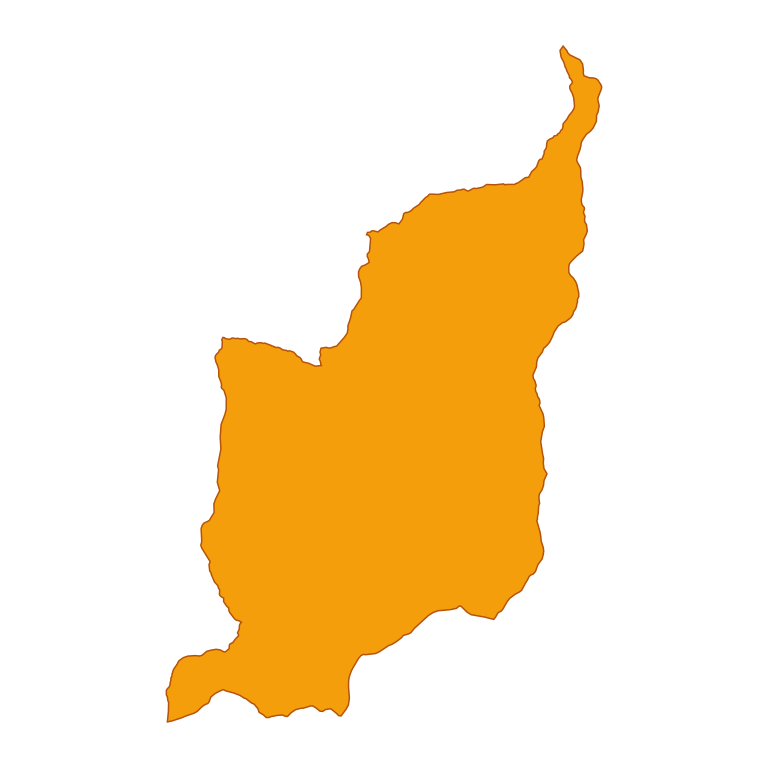 outline of San Andres, Santander, Colombia
{"feature_id": "7082276B75559195453078", "entity_name": "San Andres", "entity_type": "district", "adm_level": 2, "iso_a3": "COL", "parent_name": "Colombia", "parent_adm1": "Santander", "projection": "albers", "projection_center": [-72.825, 6.82], "detail": "fine", "context": "isolated", "style": "filled", "palette": "amber", "viewbox_px": 768, "rotation_deg": 0, "n_neighbors": 0, "source": "geoboundaries", "source_scale": "gbopen_adm2", "svg_char_len": 6097}
<svg xmlns="http://www.w3.org/2000/svg" viewBox="0 0 768 768"><path d="M167.4,721.9L172.1,720.9L181.6,717.8L185.3,716.2L194.0,713.2L197.2,711.4L202.0,706.7L204.8,704.7L207.8,703.5L209.1,701.8L210.8,697.1L214.3,694.1L217.8,692.0L223.1,689.6L225.9,690.9L233.5,692.9L240.0,695.4L244.1,698.1L246.0,698.7L251.4,702.9L254.3,704.3L257.9,708.7L259.1,712.3L263.5,714.9L266.2,717.5L269.1,717.5L271.3,716.5L277.3,715.4L282.7,715.0L284.8,716.1L287.0,716.5L288.1,715.9L291.0,712.8L295.5,709.7L300.9,708.3L303.6,708.1L310.8,705.9L312.7,706.0L315.4,707.5L320.0,711.2L322.8,711.4L325.1,709.7L329.0,708.9L331.0,708.9L336.3,713.2L338.7,715.6L341.1,715.9L346.1,709.2L348.4,705.0L349.4,698.1L348.5,687.0L348.6,681.2L349.2,677.0L351.3,670.9L353.6,666.7L358.6,658.3L360.9,655.6L363.4,654.4L365.6,654.7L375.6,653.5L379.3,651.8L388.7,645.5L391.8,644.4L395.8,642.0L401.1,638.1L403.4,635.4L408.9,633.8L411.0,632.5L414.2,628.5L428.4,615.5L433.1,612.5L437.9,610.8L450.6,609.6L456.4,608.4L459.1,606.1L460.9,606.1L467.0,612.1L471.1,614.7L484.8,617.1L493.7,619.4L495.3,617.5L498.1,612.7L501.2,611.1L502.7,609.4L507.4,601.2L509.9,598.2L514.9,594.4L519.4,592.0L521.6,590.3L525.7,582.7L527.5,579.9L529.1,576.5L530.8,575.0L533.1,574.1L535.4,571.6L537.9,564.7L542.1,558.9L543.2,554.8L543.7,551.3L543.3,547.6L541.2,541.1L540.7,535.7L539.8,531.1L536.8,520.8L537.4,519.5L537.5,516.4L538.2,513.6L538.7,505.5L539.6,503.6L538.9,498.1L539.2,494.4L542.1,489.6L543.5,485.4L544.0,480.6L547.0,473.8L544.0,468.6L543.3,463.2L543.6,458.3L542.7,454.5L540.7,441.6L542.4,431.7L544.4,426.3L543.7,417.3L543.0,413.9L539.0,405.2L539.9,403.7L539.8,401.3L539.3,399.1L537.8,396.9L536.9,393.4L535.8,391.6L535.3,388.4L535.9,386.9L536.1,385.2L534.9,381.1L533.4,378.4L532.9,375.2L536.4,367.0L536.8,361.4L537.9,358.0L542.4,351.9L543.5,348.6L547.3,345.0L549.7,342.1L552.5,336.4L554.3,331.8L558.1,326.0L562.2,322.8L565.6,321.7L570.6,317.8L571.7,316.4L573.0,314.2L573.5,311.8L575.6,308.9L576.6,305.9L576.8,303.8L577.5,302.4L577.4,299.5L578.8,296.6L578.7,293.0L576.9,284.6L575.5,281.4L573.4,278.1L570.4,275.3L568.8,272.3L568.8,266.7L569.3,264.1L571.4,261.3L576.6,256.0L582.6,251.1L583.5,247.3L584.0,243.7L583.6,239.7L586.4,233.9L587.3,230.9L586.4,224.5L584.8,222.0L584.5,219.9L585.0,216.2L583.8,213.6L583.5,211.8L584.5,208.9L584.2,207.4L582.2,205.0L581.5,202.5L581.2,199.8L582.7,192.2L582.9,189.2L582.2,181.7L580.9,177.0L580.7,169.8L580.2,167.3L577.2,161.9L576.7,159.8L577.5,156.2L580.0,149.5L580.9,145.7L581.3,142.4L583.4,138.6L586.4,134.3L590.5,131.1L593.0,128.2L596.4,121.3L596.6,115.1L598.1,111.9L599.2,105.8L597.8,99.7L598.2,97.1L601.3,89.1L601.7,86.9L600.8,84.6L597.9,80.1L595.7,78.5L592.8,77.9L590.3,77.9L587.8,77.3L583.9,75.7L583.3,73.2L583.4,70.0L582.6,64.0L580.0,59.9L569.8,54.9L567.7,52.7L566.9,50.7L563.1,46.1L560.0,50.5L561.1,57.1L563.9,62.5L565.2,67.1L566.2,68.7L566.7,70.6L569.4,76.0L569.4,77.6L570.8,79.0L572.1,81.3L572.3,82.8L569.8,85.9L569.7,87.9L570.6,90.5L571.9,92.4L573.7,97.8L574.5,106.1L574.0,108.5L572.2,111.6L569.1,115.3L566.9,119.2L563.1,123.8L562.8,127.6L562.2,129.3L561.0,130.2L559.6,132.8L557.5,134.1L557.2,135.1L555.9,135.7L554.5,135.8L553.8,136.3L553.1,137.7L549.4,139.3L547.3,141.1L546.5,145.0L546.6,146.4L546.2,148.0L544.2,151.3L544.1,153.7L542.1,159.0L540.0,159.4L538.7,160.9L536.7,166.5L535.4,168.2L531.7,171.6L528.7,177.2L525.3,177.7L517.6,183.1L516.0,183.4L514.8,184.4L507.0,184.4L504.4,184.8L503.7,183.9L495.0,184.8L486.6,184.5L482.8,187.1L476.4,188.5L473.5,188.3L468.8,190.8L467.4,191.0L464.2,189.2L462.6,189.3L460.7,190.0L457.1,190.2L454.2,191.8L446.7,192.5L438.4,194.4L429.9,194.1L428.8,194.8L427.8,196.2L425.7,197.4L420.2,203.0L419.4,204.4L413.7,208.1L411.2,210.6L409.0,211.9L407.1,212.5L405.6,212.5L403.7,213.7L402.5,219.1L398.9,223.9L395.7,222.8L392.1,222.6L388.4,224.4L386.0,226.5L380.0,230.1L378.1,231.9L373.3,230.8L371.9,230.8L369.8,232.3L367.5,232.4L366.6,234.8L368.1,235.1L368.9,235.6L370.6,238.4L369.6,250.4L369.2,252.0L367.3,254.1L367.3,256.7L368.3,258.6L369.2,262.4L365.3,264.9L361.6,266.3L359.9,268.6L358.5,271.9L358.6,276.6L360.5,282.0L361.4,287.6L361.3,298.0L359.3,300.6L353.9,309.2L352.0,311.0L350.4,318.5L347.9,325.7L348.0,328.8L347.3,333.0L344.3,337.4L336.6,346.1L333.6,346.8L330.9,347.9L327.9,348.0L326.3,347.3L321.0,348.2L320.0,352.1L320.7,354.9L319.3,358.7L319.5,359.8L320.4,361.4L320.9,364.9L321.3,365.5L315.3,366.2L308.7,363.3L303.2,362.0L302.4,361.5L301.2,359.1L299.9,357.5L296.5,355.7L295.8,354.3L293.5,352.1L289.6,350.8L287.5,351.1L286.7,350.5L282.6,349.8L280.2,348.1L278.5,347.4L275.5,347.5L274.8,346.9L273.6,346.8L272.9,346.0L271.8,346.0L271.1,345.4L264.8,343.1L263.3,343.4L261.1,342.7L258.8,342.8L256.9,343.1L255.7,343.9L253.9,343.3L251.3,341.7L248.6,341.4L246.9,339.4L244.6,338.6L240.1,338.9L237.6,338.3L235.4,338.6L232.9,338.0L231.9,338.1L229.8,339.3L226.7,338.9L225.1,338.3L223.9,337.5L222.8,337.5L221.8,339.7L222.3,341.8L222.0,347.8L220.6,349.6L219.3,350.1L218.7,352.1L216.2,354.5L215.3,356.2L215.0,357.5L215.9,361.8L217.5,365.5L218.7,369.6L218.8,376.5L221.1,382.5L221.6,385.2L221.2,387.0L221.6,388.1L224.0,390.5L226.3,397.9L226.2,409.4L224.9,414.5L221.1,424.5L220.2,437.2L220.9,449.2L217.6,466.0L218.6,469.7L217.3,482.3L219.7,490.6L215.6,499.0L213.9,503.8L214.1,512.5L209.2,520.6L203.8,523.2L202.2,525.4L201.1,528.6L201.7,540.1L201.6,542.4L200.8,545.2L201.7,548.0L210.2,561.7L209.0,564.6L209.7,570.9L211.1,573.1L211.3,574.5L214.4,581.8L217.9,585.8L218.4,587.9L219.7,590.2L219.4,594.3L220.0,595.6L221.9,597.2L223.7,598.2L223.6,601.2L224.0,602.2L226.5,605.9L228.7,608.0L228.9,610.7L229.8,612.6L234.4,618.7L236.2,620.1L239.4,620.9L241.4,622.4L240.5,623.1L239.5,625.0L239.2,629.2L237.5,632.9L238.6,634.8L238.3,636.0L235.2,639.2L232.9,642.5L230.1,643.9L229.4,644.9L229.1,648.7L225.6,651.7L224.2,652.0L220.1,649.9L216.1,649.3L210.8,650.2L206.6,651.4L202.6,654.9L201.0,655.7L199.5,656.0L195.0,655.6L187.9,656.1L183.4,657.6L178.7,661.0L177.2,664.1L173.5,669.5L172.0,674.3L172.0,675.9L170.9,678.0L170.9,680.3L170.0,683.3L170.2,684.2L169.1,687.0L167.4,688.7L166.3,690.5L166.4,695.0L167.3,696.7L167.9,700.7L168.6,702.4L168.4,711.4L167.4,721.9Z" fill="#f59e0b" stroke="#b45309" stroke-width="1.5"/></svg>